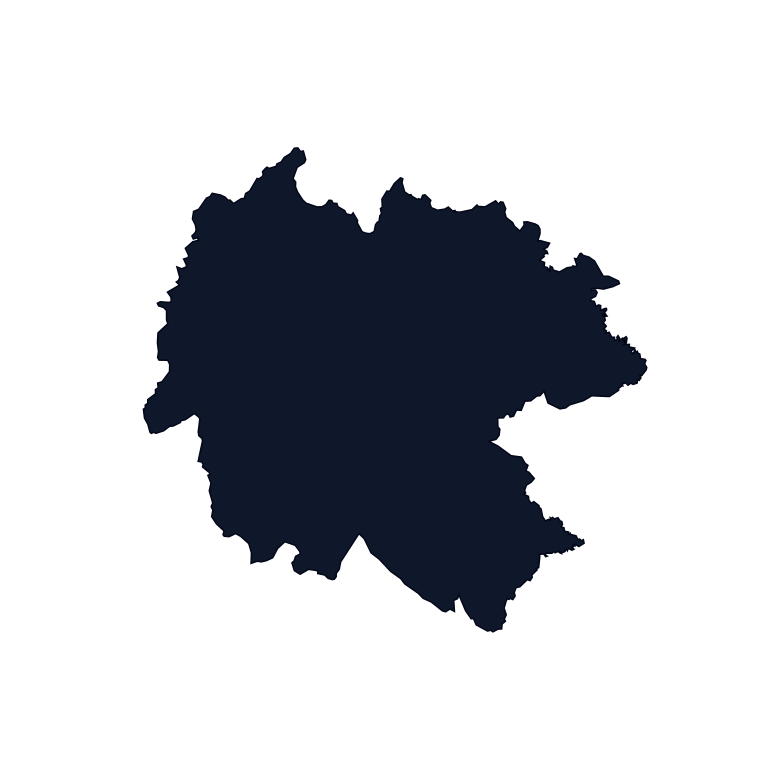 outline of Bhamo, Kachin, Myanmar, rotated 126°
{"feature_id": "60261553B27046412343024", "entity_name": "Bhamo", "entity_type": "district", "adm_level": 2, "iso_a3": "MMR", "parent_name": "Myanmar", "parent_adm1": "Kachin", "projection": "orthographic", "projection_center": [97.111, 24.269], "detail": "fine", "context": "isolated", "style": "filled", "palette": "ink", "viewbox_px": 768, "rotation_deg": 126, "n_neighbors": 0, "source": "geoboundaries", "source_scale": "gbopen_adm2", "svg_char_len": 6171}
<svg xmlns="http://www.w3.org/2000/svg" viewBox="0 0 768 768"><g transform="rotate(126 384 384)"><path d="M526.6,193.3L518.1,200.4L514.4,198.3L510.5,199.5L519.5,184.7L522.7,175.5L521.2,173.7L524.7,167.8L523.0,155.0L520.5,152.9L520.5,150.2L515.2,147.6L513.0,144.8L508.7,147.4L504.6,146.3L503.3,148.6L498.9,149.4L494.7,155.1L487.8,157.6L485.4,158.0L484.8,156.3L483.3,155.9L482.7,153.1L478.4,153.3L476.1,156.1L471.1,157.4L468.2,154.9L458.1,153.1L457.2,150.2L453.3,150.4L451.6,152.1L444.4,150.9L443.8,152.4L441.7,150.9L431.7,156.7L430.8,158.4L427.6,154.9L428.7,151.7L427.3,150.8L427.6,153.3L425.4,153.1L422.2,148.6L419.6,148.0L420.0,146.4L416.8,144.5L417.4,143.3L416.9,141.2L416.2,142.7L416.0,140.8L413.0,139.1L411.7,139.9L410.9,138.8L410.4,139.9L411.2,137.6L408.7,138.3L407.9,134.1L405.9,133.2L406.0,135.8L404.1,136.0L404.6,135.3L403.0,135.5L402.9,134.3L401.5,135.2L400.9,130.8L395.2,128.5L392.8,131.2L394.7,132.1L394.4,134.6L395.8,135.8L393.9,139.4L396.2,145.0L395.3,145.7L397.2,146.5L395.2,147.7L397.0,151.3L394.5,153.9L395.5,156.8L392.8,157.0L390.7,159.3L391.3,160.7L389.9,164.7L392.9,166.8L392.9,169.3L394.4,169.4L394.4,171.0L396.4,169.5L396.9,171.4L399.9,173.0L397.9,177.9L392.8,183.4L392.5,186.3L391.3,187.0L391.1,193.7L394.0,194.7L392.7,198.7L390.0,201.1L391.0,206.1L388.9,205.4L387.5,207.7L382.1,209.3L377.0,207.2L372.1,206.8L370.2,214.9L370.9,218.1L365.2,219.7L365.2,223.2L362.3,229.8L367.3,239.1L367.2,255.1L368.8,265.4L362.9,260.8L357.9,260.7L352.5,263.7L351.6,266.8L344.7,272.0L341.1,267.4L337.8,267.6L334.9,265.9L336.6,262.5L333.9,260.3L327.2,261.5L324.7,257.5L315.1,259.9L311.4,255.4L303.9,253.3L301.8,250.9L295.8,250.3L303.0,240.1L300.7,227.0L296.6,223.0L291.7,221.5L280.2,212.8L271.4,209.0L261.7,194.3L251.2,190.5L249.3,191.6L245.6,190.3L245.5,191.2L245.1,189.8L243.3,192.3L242.8,190.3L241.1,189.3L241.6,185.9L238.3,184.8L237.9,182.2L234.4,179.7L231.6,181.6L231.2,179.7L228.1,179.7L226.8,182.1L225.8,180.4L218.5,180.2L216.2,181.1L214.5,185.0L211.0,185.9L210.6,187.4L212.7,191.3L209.3,194.8L209.9,196.1L208.7,198.4L210.6,198.6L209.1,200.7L213.3,200.5L213.1,201.4L211.9,203.9L208.9,201.8L207.5,202.2L210.0,207.7L207.7,208.7L210.9,213.1L208.2,212.2L204.1,214.3L203.4,215.9L205.9,216.9L207.9,213.8L208.9,214.0L206.8,218.0L211.4,219.1L208.6,220.0L207.3,223.1L209.3,223.1L210.9,221.5L213.2,222.8L210.7,225.1L212.3,227.2L209.8,232.3L212.9,234.4L210.3,235.2L210.3,238.3L206.5,238.2L205.5,242.6L202.3,242.5L199.8,245.4L198.0,243.5L197.1,246.3L200.0,246.5L200.0,247.7L193.2,247.4L192.1,248.5L193.6,250.1L194.7,248.8L195.8,249.5L195.0,250.8L197.0,252.1L193.2,254.8L193.8,256.8L196.5,258.1L193.6,262.4L195.0,265.7L193.4,266.7L188.7,264.4L184.7,265.3L183.6,268.0L186.1,270.7L186.1,272.0L185.1,272.0L181.2,267.8L178.2,262.2L170.9,256.2L164.4,252.5L162.8,254.7L164.8,265.6L167.9,270.0L160.7,286.0L160.8,292.7L162.9,298.6L162.3,301.1L163.2,302.1L169.4,301.4L170.4,303.6L174.5,297.9L176.5,298.0L177.3,300.5L178.0,299.9L182.4,304.3L190.2,307.9L192.4,314.2L190.6,316.2L191.0,318.8L195.1,316.6L194.1,318.4L195.8,319.1L193.7,320.2L194.9,323.4L191.3,325.5L192.5,330.8L186.7,329.3L185.9,330.5L183.5,330.3L182.3,328.2L180.8,330.3L181.2,334.2L177.4,332.2L172.7,332.8L176.2,342.0L178.0,343.7L170.7,346.1L167.0,348.9L165.3,352.4L165.7,355.8L168.4,363.2L170.7,366.1L173.1,364.0L180.3,364.0L179.7,371.1L177.8,374.8L177.5,383.0L173.9,387.5L170.7,388.5L167.0,394.4L168.1,396.8L171.1,397.0L170.2,401.4L181.3,406.4L185.0,412.3L184.5,414.0L191.2,415.3L200.3,423.5L202.9,427.9L201.9,428.5L203.7,430.4L203.0,436.0L206.7,437.6L211.9,442.8L213.5,449.3L210.8,453.3L207.9,454.1L206.8,462.1L208.7,463.7L212.8,462.5L213.9,465.0L214.9,464.8L215.7,471.6L215.0,473.5L216.3,475.1L216.4,480.2L210.5,487.8L206.9,489.4L207.5,491.9L215.8,493.5L224.8,492.7L226.2,495.1L235.6,494.4L241.8,489.4L244.2,490.0L247.8,486.1L250.2,486.3L255.9,483.4L256.8,484.5L260.1,484.5L266.4,481.6L270.6,483.7L272.6,487.2L273.7,491.2L269.4,500.2L267.1,501.7L263.7,509.6L266.5,509.7L268.5,514.5L266.8,517.7L267.6,525.5L265.6,528.3L267.7,531.3L266.3,534.2L267.6,536.5L273.1,536.5L277.1,538.4L280.1,542.3L283.5,553.4L282.8,558.1L279.6,566.5L276.6,571.4L272.5,574.2L271.3,578.3L259.8,581.6L251.7,578.5L248.5,579.2L242.9,586.2L245.0,588.2L243.6,592.5L246.0,595.2L252.5,595.1L259.3,597.9L264.7,597.7L268.8,600.0L271.3,599.2L277.1,603.7L277.3,606.1L279.5,606.7L283.6,607.1L285.8,604.7L287.9,604.5L291.4,605.7L292.3,607.5L306.8,606.1L311.2,607.9L316.0,606.1L317.9,608.4L326.4,611.8L325.7,616.8L327.0,618.2L326.2,622.3L327.2,627.4L330.7,635.1L334.5,634.9L338.0,636.9L351.5,636.6L356.3,639.5L363.1,636.0L366.2,630.1L369.6,626.7L372.1,625.7L377.2,626.4L378.8,623.5L375.3,620.8L376.8,618.6L381.2,622.3L391.0,624.5L394.8,617.7L396.9,616.7L400.6,619.6L404.1,613.4L405.8,613.0L409.7,615.4L411.0,620.4L417.8,611.9L421.0,611.1L423.6,612.0L424.1,607.6L437.0,613.2L438.9,607.5L442.3,604.6L444.3,605.8L449.0,613.4L451.9,614.8L453.3,612.3L451.6,607.2L452.4,603.1L460.1,597.5L462.3,594.3L475.5,596.9L483.9,591.5L490.4,585.4L495.7,582.7L496.9,580.0L491.9,572.9L494.1,568.9L500.1,564.8L512.7,564.9L516.3,567.7L519.7,564.5L522.9,565.6L526.2,563.1L535.5,566.0L538.5,563.8L541.3,564.8L543.9,563.0L545.7,563.9L552.4,557.7L555.3,551.5L560.6,544.9L560.7,543.2L558.5,541.9L557.9,539.5L551.3,534.7L544.5,532.7L541.8,529.8L535.0,526.2L532.8,526.6L529.8,523.8L519.4,520.1L519.6,514.6L520.4,512.5L532.0,506.1L534.7,503.4L535.0,499.2L536.9,497.3L555.8,488.9L554.2,485.5L555.3,483.1L557.8,482.1L558.3,473.5L559.3,471.7L561.4,472.8L565.9,465.7L573.1,462.6L581.0,452.6L584.9,451.7L586.6,448.3L592.6,445.5L595.7,437.2L596.9,427.1L600.6,425.6L601.1,423.8L598.6,419.6L592.2,416.1L591.5,410.4L592.6,399.6L598.5,392.0L607.3,386.1L601.9,382.4L600.0,378.7L595.9,375.2L590.0,371.9L579.6,373.4L569.9,371.5L566.7,361.1L569.1,353.4L570.8,352.0L575.3,354.2L580.1,352.8L582.8,353.4L587.7,346.8L587.2,340.0L578.3,336.1L574.9,329.7L574.2,327.5L576.3,326.2L573.4,319.7L574.1,315.0L572.6,310.8L571.0,309.4L568.0,309.4L565.3,311.3L560.3,311.3L553.3,314.5L519.8,316.3L520.8,309.1L528.2,295.2L528.5,285.1L531.7,268.4L531.6,256.0L533.5,249.8L533.2,233.1L534.4,226.4L532.6,217.6L533.2,203.3L532.0,200.2L527.3,198.4L526.6,193.3Z" fill="#0f172a" stroke="#020617" stroke-width="1.5"/></g></svg>